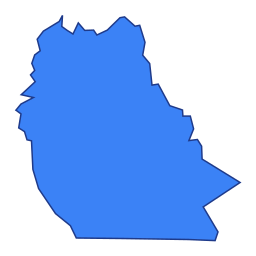 Whitley, Kentucky, United States of America (Mercator projection)
{"feature_id": "52423323B1147631697949", "entity_name": "Whitley", "entity_type": "district", "adm_level": 2, "iso_a3": "USA", "parent_name": "United States of America", "parent_adm1": "Kentucky", "projection": "mercator", "projection_center": [-84.171, 36.78], "detail": "fine", "context": "isolated", "style": "filled", "palette": "blue", "viewbox_px": 256, "rotation_deg": 0, "n_neighbors": 0, "source": "geoboundaries", "source_scale": "gbopen_adm2", "svg_char_len": 766}
<svg xmlns="http://www.w3.org/2000/svg" viewBox="0 0 256 256"><path d="M43.4,31.1L37.2,39.2L40.2,50.8L34.7,54.9L31.8,63.4L34.7,70.4L30.5,74.9L35.2,81.7L21.2,94.7L33.4,97.5L21.0,104.0L15.9,110.2L21.0,113.9L18.7,127.9L24.5,131.6L27.0,139.8L31.5,140.8L32.9,169.4L38.6,188.6L55.5,213.6L70.4,225.7L76.3,238.0L123.0,238.5L188.4,239.5L188.5,239.5L215.1,240.6L218.0,231.9L203.2,206.9L240.1,182.5L202.1,159.1L201.6,146.2L197.4,139.5L188.9,140.6L193.6,128.9L190.3,116.1L182.9,116.1L182.5,110.0L169.8,105.7L158.2,84.1L152.0,85.1L149.7,63.6L142.7,55.2L145.0,42.3L139.7,25.3L135.0,26.2L124.6,16.9L120.0,17.7L107.3,30.1L96.9,35.0L93.6,30.1L84.7,30.4L78.3,22.9L73.0,34.0L67.2,30.4L61.8,26.5L62.5,15.4L59.2,21.5L43.4,31.1Z" fill="#3b82f6" stroke="#1e3a8a" stroke-width="1.5"/></svg>